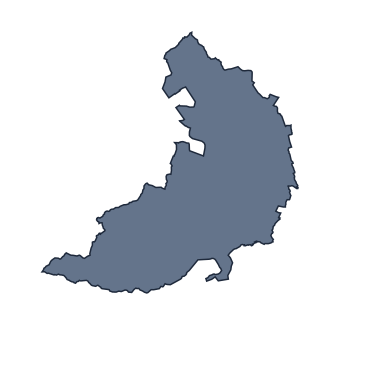 outline of Babeni, Salaj, Romania, rotated 118°
{"feature_id": "2599482B45122304788929", "entity_name": "Babeni", "entity_type": "district", "adm_level": 2, "iso_a3": "ROU", "parent_name": "Romania", "parent_adm1": "Salaj", "projection": "orthographic", "projection_center": [23.391, 47.295], "detail": "fine", "context": "isolated", "style": "filled", "palette": "slate", "viewbox_px": 384, "rotation_deg": 118, "n_neighbors": 0, "source": "geoboundaries", "source_scale": "gbopen_adm2", "svg_char_len": 6032}
<svg xmlns="http://www.w3.org/2000/svg" viewBox="0 0 384 384"><g transform="rotate(118 192 192)"><path d="M258.1,127.1L251.9,119.0L248.9,121.2L242.5,121.2L239.0,122.5L235.5,122.9L232.1,127.2L230.8,130.4L228.0,129.9L223.2,128.3L221.9,127.4L221.5,126.6L217.6,124.1L215.7,123.9L214.7,122.9L214.5,121.8L214.0,121.0L214.9,120.8L214.5,119.7L212.4,117.9L212.6,117.7L212.4,117.1L211.3,116.2L211.1,115.6L211.6,114.4L210.9,113.7L209.7,114.2L209.3,113.7L209.5,113.3L208.2,113.2L206.8,111.9L206.6,113.1L205.1,112.0L205.0,111.6L205.4,111.0L204.9,110.5L204.1,108.5L204.5,107.3L204.3,103.7L203.3,103.4L201.8,100.4L200.3,98.8L199.1,97.8L198.4,97.8L197.9,97.1L197.0,98.0L195.7,97.9L194.8,100.1L193.4,101.9L191.1,102.1L190.7,101.6L189.8,101.5L189.3,101.8L188.2,103.4L186.8,103.2L184.3,104.1L182.5,103.5L180.9,103.8L176.9,102.7L174.8,101.7L174.6,102.3L173.7,102.1L173.9,103.5L168.9,103.8L169.6,105.8L169.6,109.0L163.8,109.2L162.3,104.2L161.4,102.5L160.1,103.2L158.9,103.3L157.2,104.3L155.0,104.5L154.1,104.3L153.1,102.4L152.7,102.3L148.6,103.1L148.2,103.9L146.4,105.8L145.1,105.7L144.0,107.1L144.0,107.9L142.0,109.2L142.0,109.7L141.6,109.9L140.4,107.6L139.5,106.8L139.3,105.5L139.8,101.1L138.9,99.7L139.1,101.3L138.3,100.9L138.3,101.9L137.6,101.4L136.6,101.7L135.5,103.8L134.3,104.9L133.0,107.2L131.0,108.6L130.5,108.4L129.7,109.0L128.0,111.3L126.8,110.3L126.0,110.7L123.8,113.3L123.4,113.4L121.3,116.4L120.2,117.1L119.2,116.2L118.3,117.0L117.6,119.2L112.6,123.5L112.2,124.5L110.8,125.4L109.9,126.8L107.7,127.3L105.6,125.2L101.6,129.4L97.0,133.3L95.6,132.7L94.9,131.5L93.9,130.9L93.6,131.3L92.9,131.3L92.2,132.4L91.4,132.7L89.2,134.6L86.5,136.0L87.3,136.6L88.9,139.7L90.1,140.1L89.9,140.7L82.9,148.3L82.7,149.5L82.2,149.9L82.1,150.5L81.8,150.6L81.7,151.2L82.2,153.0L80.5,154.6L77.8,155.9L77.3,156.6L76.8,157.7L77.3,158.9L77.4,160.8L67.8,159.9L68.4,162.4L69.1,168.8L70.9,169.0L71.4,168.4L72.2,168.2L74.1,169.1L74.4,169.8L74.6,172.3L75.4,173.8L75.2,174.3L73.9,178.1L73.5,180.2L68.9,188.7L66.3,188.3L65.8,191.2L58.4,194.9L57.6,195.6L57.2,197.0L58.3,199.6L60.2,202.3L61.1,204.4L60.8,206.9L59.8,210.2L64.9,215.2L66.5,217.6L68.9,220.1L68.9,221.2L68.2,222.8L67.1,223.8L66.3,225.5L64.8,226.9L63.7,227.2L63.3,229.8L62.7,230.5L63.2,231.0L63.2,232.3L62.6,234.4L63.7,234.6L65.8,237.6L65.0,239.8L65.3,241.4L64.3,242.1L63.1,244.1L61.8,245.0L60.2,248.1L58.4,249.9L58.5,251.0L58.0,252.2L58.2,253.7L58.0,255.8L56.7,257.5L55.3,258.5L55.1,259.2L55.1,261.0L53.7,266.0L51.1,267.2L52.9,268.4L54.2,268.2L57.6,269.2L58.5,271.3L59.2,270.9L59.8,271.1L60.2,272.3L61.8,272.2L67.0,273.5L67.7,273.1L72.4,274.6L76.2,277.9L77.4,278.1L81.5,280.2L82.9,279.8L84.1,280.1L87.3,279.3L86.9,276.3L88.5,275.8L89.3,274.7L89.2,274.2L94.6,268.4L96.2,265.9L98.5,265.5L102.8,269.0L107.4,267.5L114.5,266.6L119.7,256.6L113.3,253.4L113.5,252.9L108.4,250.2L108.4,250.7L108.1,250.9L104.8,249.1L102.3,246.9L110.8,231.4L115.7,230.2L116.3,230.6L118.1,233.7L118.8,237.3L121.5,242.8L121.6,243.2L121.3,243.8L125.0,245.8L131.5,232.8L133.1,233.7L135.0,236.4L135.2,236.1L136.8,229.2L136.8,228.6L136.5,228.4L136.8,225.4L136.5,225.0L136.3,223.4L140.1,222.5L143.3,220.9L144.0,219.8L144.6,216.7L142.5,207.1L143.1,204.1L144.5,202.5L147.1,201.2L154.8,198.8L156.7,213.4L155.8,214.2L151.3,216.8L150.4,217.8L151.3,220.0L151.3,221.2L151.8,223.7L153.0,225.5L153.8,225.8L153.9,226.4L155.1,227.0L155.0,227.5L156.5,230.5L157.5,228.0L161.8,225.6L166.6,224.8L167.8,225.0L168.5,224.6L169.1,225.4L177.0,224.5L176.9,224.0L178.3,221.8L179.6,222.0L182.7,220.2L186.3,219.0L186.6,220.0L188.2,221.9L188.9,222.3L190.5,222.1L193.1,220.4L193.5,219.5L194.4,218.8L195.7,218.6L196.7,219.0L198.2,217.8L200.3,218.0L202.2,217.3L202.6,219.9L202.3,221.5L205.0,226.1L205.0,230.1L206.0,233.8L205.2,235.5L205.6,236.2L206.7,236.8L209.2,237.2L211.6,236.0L213.2,236.3L216.3,235.4L218.2,236.0L219.4,235.7L224.6,236.2L225.9,237.1L228.0,239.9L229.7,240.7L230.7,242.3L232.2,242.3L234.1,244.2L235.3,246.2L238.3,248.7L240.1,249.5L241.6,252.1L244.1,253.4L244.7,254.6L245.9,255.7L247.3,255.8L248.2,256.4L248.7,258.1L250.0,259.2L251.7,259.4L252.5,259.0L254.0,259.6L255.4,259.4L258.2,261.1L258.5,262.8L259.1,263.3L259.9,263.2L260.1,263.6L261.4,263.2L262.3,261.5L262.1,260.3L263.5,259.3L262.3,258.5L261.4,257.0L263.7,255.3L264.2,254.5L265.6,253.3L266.2,251.3L267.1,250.7L271.4,252.8L271.5,253.7L272.3,253.2L272.4,254.6L274.0,254.7L275.4,255.8L275.9,255.7L276.9,254.7L280.7,254.5L281.9,254.8L282.2,255.8L283.1,256.4L285.9,254.9L288.9,254.7L294.3,253.3L295.6,252.3L297.7,254.0L301.1,255.8L301.4,257.4L300.6,260.8L300.7,261.9L302.5,263.5L303.7,267.2L304.7,269.3L304.8,274.5L305.6,274.5L306.4,275.1L308.6,275.1L309.7,275.8L312.7,276.5L313.3,277.3L313.2,278.9L314.6,282.1L317.8,283.7L319.6,284.2L323.3,284.0L326.1,286.0L327.6,286.2L328.8,286.9L330.4,286.6L332.9,286.9L331.6,284.7L331.9,281.7L331.1,280.7L330.0,274.8L329.4,274.5L329.0,272.7L327.2,271.3L327.2,269.9L326.5,268.3L325.9,266.2L326.0,265.3L326.9,262.9L327.9,261.2L327.6,258.6L327.8,258.0L327.7,256.0L327.3,254.9L327.2,254.0L327.5,253.6L327.2,252.0L325.1,251.5L324.3,250.4L322.9,250.0L323.0,249.3L322.6,248.3L319.6,243.8L319.5,242.1L320.4,240.7L320.7,239.1L321.2,238.1L321.5,236.9L321.4,235.9L320.5,232.8L318.7,231.6L318.5,230.8L318.9,229.2L318.9,227.9L319.6,226.9L319.6,226.1L317.1,219.3L318.0,218.2L317.6,215.3L316.0,212.0L313.9,210.1L313.1,207.7L310.1,205.2L309.6,204.2L309.4,202.7L310.2,201.1L309.0,198.1L305.1,197.4L303.2,196.4L303.2,195.4L302.1,193.7L302.9,192.0L302.6,189.2L302.8,186.9L302.4,184.6L301.5,183.7L297.4,182.2L296.3,180.0L292.7,175.5L289.9,175.1L289.5,173.4L289.0,173.0L285.6,172.7L285.6,171.6L285.3,170.5L284.0,167.6L274.6,161.4L273.3,160.8L271.2,161.0L270.0,159.4L268.0,158.5L266.7,158.4L266.3,158.8L265.4,158.8L262.5,157.6L249.1,154.9L243.4,145.5L242.2,143.9L241.6,143.7L240.7,142.1L240.6,140.3L241.1,139.0L243.7,134.6L245.6,132.1L245.9,130.9L247.4,129.0L250.2,129.3L252.0,130.2L253.7,132.3L254.2,133.6L254.0,133.9L254.6,134.8L255.7,135.4L257.6,137.3L260.3,137.8L261.9,139.1L263.8,137.2L259.8,133.6L256.1,131.7L258.1,127.1Z" fill="#64748b" stroke="#1e293b" stroke-width="1.5"/></g></svg>